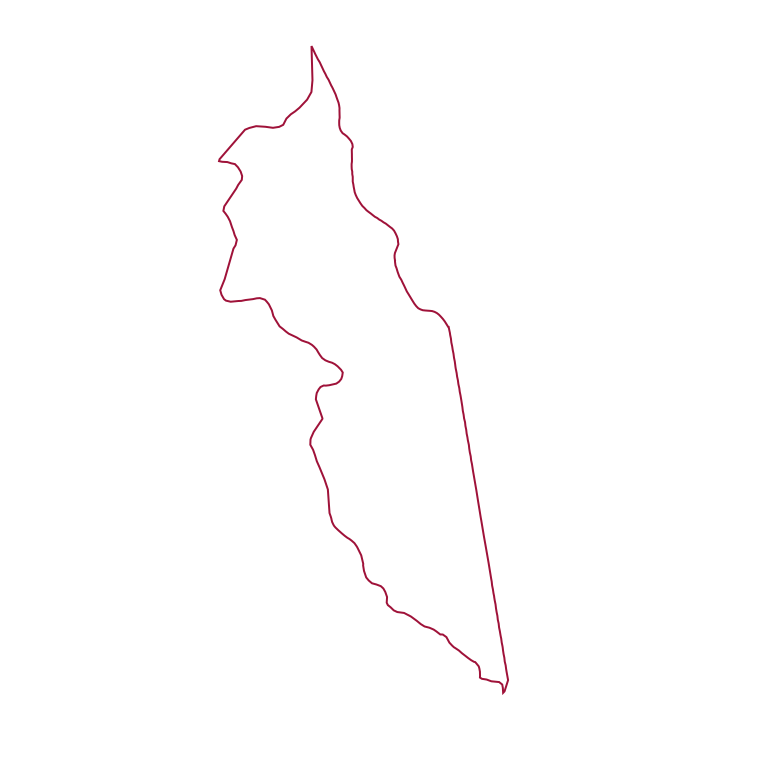 Bayanga, Sangha-Mbaéré, Central African Republic (Robinson projection), rotated 328°
{"feature_id": "33826404B5322507148284", "entity_name": "Bayanga", "entity_type": "district", "adm_level": 2, "iso_a3": "CAF", "parent_name": "Central African Republic", "parent_adm1": "Sangha-Mbaéré", "projection": "robinson", "projection_center": [16.329, 2.823], "detail": "fine", "context": "isolated", "style": "outline", "palette": "rose", "viewbox_px": 768, "rotation_deg": 328, "n_neighbors": 0, "source": "geoboundaries", "source_scale": "gbopen_adm2", "svg_char_len": 4814}
<svg xmlns="http://www.w3.org/2000/svg" viewBox="0 0 768 768"><g transform="rotate(328 384 384)"><path d="M269.4,464.6L268.6,468.2L268.1,470.0L267.5,471.6L267.2,472.6L266.9,473.5L266.6,476.0L266.5,477.6L266.6,478.7L266.8,480.0L267.8,484.0L268.4,486.0L269.0,488.1L270.2,491.8L271.4,494.9L271.9,495.9L272.5,497.0L273.5,499.6L274.6,503.2L274.8,507.0L274.8,508.2L273.9,517.2L271.1,525.5L270.2,526.7L268.0,531.9L266.4,538.6L266.9,542.5L268.2,546.6L271.4,550.1L274.2,553.8L275.1,557.1L274.9,561.0L273.7,566.3L270.4,570.9L270.1,573.5L271.3,576.9L272.3,581.1L274.4,584.4L279.7,588.8L283.6,595.4L286.3,602.2L287.9,607.0L288.4,608.0L289.9,611.1L293.4,614.8L296.0,618.6L297.3,621.6L299.0,626.2L301.1,627.6L302.8,631.7L302.4,638.0L303.2,642.1L303.8,644.3L304.5,645.7L306.3,649.7L307.4,653.5L310.0,660.6L311.5,664.3L313.1,667.3L314.0,668.2L314.7,673.3L314.6,674.1L314.5,674.5L314.1,675.8L312.9,678.8L310.9,682.2L309.8,683.8L310.8,685.9L314.4,689.0L317.5,693.0L323.7,697.8L325.0,701.5L323.8,704.6L321.4,709.0L323.1,708.6L323.5,708.4L332.3,700.9L335.5,692.9L336.5,690.5L338.1,687.0L339.3,683.4L341.0,679.9L342.3,676.4L343.9,672.7L344.2,672.1L345.0,670.4L345.5,669.2L346.8,665.7L348.5,662.0L349.1,660.3L349.3,659.8L349.8,658.5L351.3,654.9L352.6,651.4L354.3,647.9L355.6,644.2L357.3,640.7L358.6,637.2L360.1,633.6L361.8,630.0L363.1,626.5L364.6,622.9L364.8,622.6L366.0,619.4L367.6,615.7L368.9,612.2L370.6,608.7L371.8,605.7L378.0,590.9L383.8,576.6L388.1,565.9L394.0,551.7L395.4,548.2L398.4,541.1L401.4,533.9L405.9,523.3L411.7,509.1L413.2,505.4L414.7,501.9L416.2,498.4L417.5,494.8L419.2,491.3L420.5,487.6L422.0,484.1L423.7,480.6L425.0,477.0L425.4,475.9L426.5,473.4L427.8,469.9L429.5,466.3L430.8,462.8L432.5,459.3L433.7,455.6L435.3,452.1L436.6,448.6L438.3,445.0L440.6,439.6L442.8,434.3L444.1,430.8L445.7,427.3L447.0,423.6L448.5,420.3L448.6,420.1L449.9,416.5L451.5,413.0L451.5,412.9L452.8,409.5L452.8,409.4L453.7,407.3L454.4,405.8L454.6,405.4L456.0,402.3L457.3,398.8L459.0,395.1L460.3,391.6L461.8,388.1L463.1,384.5L464.8,381.0L466.1,377.5L467.0,375.5L467.6,373.8L468.9,370.3L468.7,370.3L468.7,366.8L468.7,363.2L468.4,359.9L467.9,357.0L467.3,354.2L466.4,351.8L465.1,349.6L463.5,347.7L461.6,346.2L459.8,344.9L457.9,343.5L457.8,343.4L456.0,342.0L454.5,340.1L453.2,337.9L452.6,335.1L452.3,331.9L452.3,328.2L452.4,321.0L452.4,317.6L452.8,314.4L453.2,311.1L453.5,307.9L453.9,304.7L453.9,301.2L454.5,298.3L455.0,296.0L456.0,292.4L456.5,289.7L458.0,286.4L458.7,285.1L458.8,285.1L459.8,282.7L461.1,280.5L462.7,278.7L470.3,273.1L471.3,270.7L472.5,268.5L473.2,265.7L473.6,262.5L473.8,259.3L473.3,256.4L472.3,253.9L471.4,251.4L470.5,248.9L469.3,246.7L468.3,244.2L467.1,242.1L466.2,239.6L464.9,237.4L464.0,234.9L463.1,232.3L462.1,229.8L461.2,227.3L460.7,224.4L460.0,221.6L459.8,218.4L459.8,214.7L459.8,212.0L460.2,208.7L460.8,205.8L461.8,203.3L462.7,200.9L463.8,198.4L464.7,195.9L466.0,193.8L467.3,191.7L468.3,189.2L469.6,187.1L470.5,184.7L471.8,182.4L473.1,180.3L474.6,178.5L475.9,176.5L477.2,174.3L478.5,172.2L479.8,170.0L481.0,168.0L483.0,166.5L483.2,166.2L484.3,163.8L484.7,160.4L484.3,157.2L483.8,154.4L482.9,151.9L482.4,150.7L481.8,149.4L481.6,146.2L482.2,143.3L483.2,140.8L484.5,138.6L485.8,136.6L487.4,134.8L488.5,133.0L488.7,132.6L489.9,130.6L491.2,128.4L492.5,126.4L493.6,123.9L494.5,121.4L495.1,118.5L495.7,115.7L496.4,112.8L496.8,109.6L497.2,106.3L497.4,104.0L497.4,103.1L497.8,99.9L498.2,96.7L498.2,93.2L498.6,90.0L498.8,86.8L499.2,83.6L499.6,80.3L500.0,77.1L500.0,73.6L500.3,70.4L500.6,67.2L500.9,65.0L501.0,64.0L501.4,60.8L501.6,59.0L484.3,88.5L477.2,97.9L469.5,102.1L458.8,104.9L453.0,105.7L447.9,105.9L441.9,107.2L435.9,110.8L431.4,110.4L425.6,107.9L419.7,103.0L412.2,97.6L405.5,95.5L400.9,94.7L363.7,106.2L362.2,107.6L364.5,109.8L368.8,112.8L371.4,115.9L374.1,118.5L375.0,122.8L375.0,127.9L373.9,132.5L371.6,135.5L365.8,137.9L362.2,140.0L342.7,148.7L339.5,152.1L339.9,155.5L340.1,159.4L339.7,164.3L338.2,170.4L337.4,174.5L336.3,178.5L335.6,183.8L331.6,187.7L328.1,189.4L304.4,210.7L294.8,217.7L293.5,222.2L293.3,227.3L294.2,229.6L297.6,233.0L300.6,234.5L304.4,236.4L307.0,237.9L311.0,239.4L315.1,241.3L317.9,242.6L321.5,243.9L324.3,245.4L327.7,249.4L328.2,252.0L328.6,255.4L327.9,262.2L326.2,267.7L326.0,272.0L326.0,279.8L327.5,283.9L328.6,287.5L329.9,290.9L334.6,298.2L337.3,303.5L339.7,306.5L341.8,309.0L343.6,312.6L344.4,315.2L345.1,319.0L345.0,322.2L345.0,325.4L345.3,329.2L346.8,332.8L348.9,335.8L351.2,338.4L352.8,341.1L354.0,344.3L355.1,349.2L355.1,352.4L352.7,355.2L350.4,357.1L347.2,358.2L343.8,358.4L340.6,357.3L336.9,356.0L333.9,354.6L332.0,353.3L328.6,352.9L325.8,353.9L322.2,356.0L320.2,358.2L318.1,360.9L313.6,380.5L313.2,381.0L299.1,387.3L293.3,391.2L292.2,392.2L289.3,396.5L289.0,402.2L287.8,407.6L286.1,413.9L285.2,420.3L283.0,433.3L280.5,443.7L269.4,464.6Z" fill="none" stroke="#9f1239" stroke-width="2"/></g></svg>